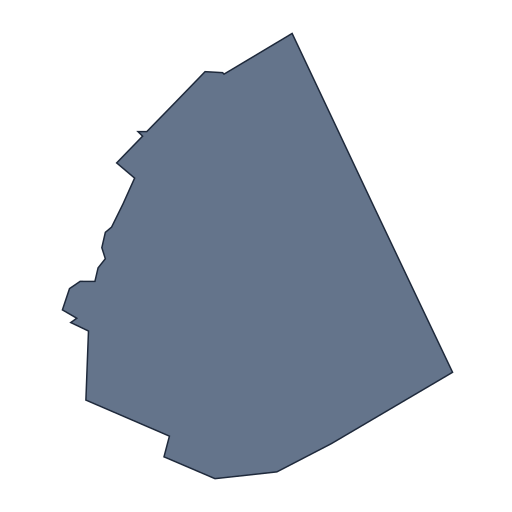 Laurens, Georgia, United States of America, rotated 179°
{"feature_id": "52423323B49982915430318", "entity_name": "Laurens", "entity_type": "district", "adm_level": 2, "iso_a3": "USA", "parent_name": "United States of America", "parent_adm1": "Georgia", "projection": "albers", "projection_center": [-82.822, 32.432], "detail": "fine", "context": "isolated", "style": "filled", "palette": "slate", "viewbox_px": 512, "rotation_deg": 179, "n_neighbors": 0, "source": "geoboundaries", "source_scale": "gbopen_adm2", "svg_char_len": 572}
<svg xmlns="http://www.w3.org/2000/svg" viewBox="0 0 512 512"><g transform="rotate(179 256 256)"><path d="M118.7,262.3L136.8,302.2L216.0,477.9L284.8,438.4L286.2,439.9L303.7,441.2L331.7,413.3L363.0,382.3L371.8,382.4L367.3,377.8L393.7,351.5L376.0,336.0L388.0,310.5L399.9,287.4L406.2,282.3L410.0,267.0L406.7,255.9L414.1,246.9L417.5,233.4L432.3,233.7L443.0,226.7L450.5,205.5L436.3,196.9L442.4,192.7L424.8,183.9L428.6,114.9L345.7,77.4L351.5,56.8L300.9,34.1L238.9,39.8L183.9,67.1L61.5,136.3L92.2,203.8L118.7,262.3Z" fill="#64748b" stroke="#1e293b" stroke-width="1.5"/></g></svg>